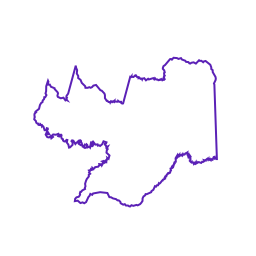 Morichal (Morichal Nuevo), Guainía, Colombia, rotated 15°
{"feature_id": "7082276B96401380433737", "entity_name": "Morichal (Morichal Nuevo)", "entity_type": "district", "adm_level": 2, "iso_a3": "COL", "parent_name": "Colombia", "parent_adm1": "Guainía", "projection": "equal_earth", "projection_center": [-69.908, 2.404], "detail": "fine", "context": "isolated", "style": "outline", "palette": "violet", "viewbox_px": 256, "rotation_deg": 15, "n_neighbors": 0, "source": "geoboundaries", "source_scale": "gbopen_adm2", "svg_char_len": 5893}
<svg xmlns="http://www.w3.org/2000/svg" viewBox="0 0 256 256"><g transform="rotate(15 128 128)"><path d="M192.7,47.8L191.1,45.6L185.6,43.2L184.1,44.0L183.6,45.0L181.5,44.1L179.9,44.6L179.1,44.2L176.9,48.2L174.4,47.6L172.3,48.6L171.5,49.6L170.6,49.7L169.3,48.7L167.0,49.1L165.9,48.2L162.4,47.9L161.1,46.8L158.9,48.2L157.1,47.8L153.8,48.4L152.7,50.6L151.7,50.2L150.8,50.6L147.5,57.6L146.3,59.0L146.1,60.7L146.3,61.8L148.0,62.9L149.1,64.7L148.6,65.6L149.4,67.7L149.9,67.9L149.5,69.7L150.8,71.4L150.3,72.2L149.8,72.3L149.4,71.6L149.4,72.4L148.8,73.0L148.2,72.4L146.8,73.1L146.8,72.6L144.9,74.0L143.9,73.5L142.7,73.9L141.1,72.9L140.7,74.2L139.5,73.3L135.6,75.7L134.7,75.2L133.0,77.3L130.8,75.7L129.2,76.7L129.1,77.4L128.5,76.7L127.3,77.3L126.3,76.6L125.3,77.2L125.0,76.1L123.7,76.5L122.2,75.2L121.7,75.7L121.3,75.4L120.1,77.3L118.1,77.7L118.0,77.2L117.7,78.0L116.9,77.9L116.9,105.5L116.1,105.9L114.9,105.5L114.5,104.5L112.9,105.0L111.4,104.3L111.4,105.1L110.7,105.5L109.0,105.5L108.2,106.4L107.8,105.9L107.2,106.3L107.3,105.7L106.3,106.9L105.5,106.4L104.8,107.4L104.4,107.1L104.2,108.0L103.9,107.6L102.4,107.9L101.0,107.0L100.4,107.3L98.0,105.1L97.2,102.2L96.3,100.8L93.1,98.8L91.5,98.6L86.0,94.7L83.6,96.0L82.7,97.8L81.5,98.8L80.0,98.6L78.7,99.6L76.5,100.2L75.8,98.7L71.7,96.4L69.7,93.8L66.9,92.6L66.5,90.7L64.4,88.6L63.9,85.3L62.3,83.3L61.4,81.3L61.3,110.3L60.3,112.9L60.5,114.3L61.2,114.6L60.9,116.0L62.1,117.0L61.0,116.8L60.4,117.5L57.8,115.4L55.4,116.7L52.2,116.1L51.5,115.2L51.4,112.5L50.6,111.6L47.1,109.4L46.8,108.6L42.9,108.1L41.2,106.3L39.6,106.8L39.0,104.9L39.2,104.0L38.5,103.1L38.2,108.8L39.4,113.7L39.4,116.0L40.7,117.3L40.1,119.7L39.2,119.9L39.4,121.9L38.5,123.5L38.7,125.1L37.6,126.4L37.0,128.6L37.1,132.5L34.4,136.2L34.4,137.1L34.8,137.1L34.1,138.3L34.2,139.6L35.1,141.8L34.6,142.4L35.0,142.1L35.2,143.9L37.2,145.1L38.0,146.6L39.6,147.3L40.4,147.0L40.8,148.1L41.9,148.0L42.4,147.1L43.0,147.8L44.0,147.4L44.5,148.6L44.8,148.0L45.9,148.5L48.0,151.7L49.6,151.3L49.6,149.2L50.6,149.2L50.9,149.8L50.4,150.8L50.8,151.9L53.5,154.4L52.2,154.7L51.6,153.5L50.6,153.2L50.2,155.7L52.4,157.7L54.1,157.6L55.5,156.0L56.6,157.8L57.9,156.0L56.6,155.0L57.4,153.6L60.1,153.2L62.3,151.6L62.8,152.2L62.6,153.9L63.9,154.0L64.5,153.4L64.5,152.1L65.1,151.8L65.7,152.2L65.7,153.6L66.7,155.4L68.1,155.7L68.5,156.9L69.4,157.4L70.5,157.4L71.8,155.3L72.5,155.3L72.6,157.8L74.7,159.5L76.1,162.2L77.0,161.7L78.8,158.6L78.3,156.4L76.8,155.3L77.2,154.4L78.5,154.4L81.3,157.1L82.1,155.3L83.1,155.2L83.1,154.0L84.0,152.7L85.2,152.2L86.0,152.7L86.3,153.7L84.5,154.8L84.7,156.1L86.7,156.7L87.6,155.3L88.9,157.7L89.6,157.8L90.2,156.3L90.9,158.3L91.6,158.4L92.6,157.8L93.1,156.6L92.8,155.7L91.7,155.1L92.0,154.4L93.0,154.9L94.1,157.1L95.5,156.1L96.4,156.7L96.1,152.3L96.9,152.9L97.5,155.0L98.4,154.7L98.9,152.5L96.9,151.7L97.1,150.6L97.7,150.1L100.8,152.5L102.8,151.7L103.4,152.8L104.5,152.2L105.7,152.6L107.3,150.3L107.8,147.2L110.9,147.4L110.8,148.4L109.8,149.2L109.9,150.0L111.2,150.6L112.0,152.1L113.3,151.0L112.7,153.4L113.8,153.7L113.3,155.2L113.6,157.4L117.2,159.3L117.2,162.8L115.9,162.3L116.3,163.0L115.7,163.4L115.8,164.2L115.0,164.9L114.9,166.0L115.3,166.4L115.7,165.7L115.9,166.7L114.8,166.8L114.3,167.6L113.7,167.2L114.5,166.6L113.2,166.0L112.0,166.8L112.9,167.0L112.6,168.4L113.2,168.0L112.4,170.8L111.9,170.0L111.1,170.7L110.9,170.1L109.6,170.3L110.0,171.1L109.2,173.1L106.4,174.3L106.0,175.5L104.9,176.3L103.8,175.7L103.9,176.6L104.8,177.2L103.6,178.0L102.8,177.5L102.7,178.3L101.3,179.1L102.3,180.0L101.9,181.1L103.3,182.0L102.2,183.3L102.7,185.0L101.4,187.9L101.1,189.9L101.0,193.0L102.0,195.3L101.8,197.1L102.3,198.0L100.0,200.1L99.2,201.9L98.5,202.0L98.4,203.7L99.0,204.8L98.6,206.2L98.2,207.2L96.2,208.3L95.3,210.0L95.6,212.4L98.2,211.2L101.5,212.8L103.4,211.6L105.2,212.0L106.7,210.4L107.6,205.0L108.4,203.5L108.7,201.4L110.7,201.8L111.2,200.3L117.7,197.2L124.9,196.1L127.9,199.6L129.6,199.3L131.7,199.9L134.8,199.8L136.6,200.6L137.8,200.3L139.6,201.2L140.4,202.6L143.2,203.3L144.6,202.4L146.0,203.4L148.1,202.9L149.6,203.4L150.4,203.2L151.3,201.7L153.3,201.8L156.1,200.1L157.4,200.2L159.4,198.4L160.2,196.8L160.9,194.7L160.3,192.2L160.7,190.1L161.9,188.7L162.1,187.3L163.2,187.1L167.0,184.0L167.0,182.9L168.5,181.1L169.1,177.2L170.2,177.4L170.7,175.9L171.9,175.5L172.1,173.5L172.6,173.8L173.3,173.0L174.5,170.1L175.1,169.7L175.0,169.2L175.2,168.3L175.3,168.7L176.3,168.0L176.2,166.6L176.4,166.0L176.9,166.3L176.8,165.2L177.1,165.0L176.8,164.8L177.4,164.1L177.6,162.4L177.2,162.0L177.9,162.6L178.4,161.1L178.8,160.9L178.9,161.5L180.2,160.3L180.1,158.2L180.5,157.9L179.6,156.2L180.3,155.7L180.4,154.4L181.3,154.9L181.7,154.3L181.8,152.0L181.4,152.1L182.2,150.3L181.7,150.1L181.8,149.0L182.9,148.2L182.2,146.1L182.4,145.2L182.0,145.0L182.4,144.2L182.0,144.1L182.8,141.3L183.1,141.8L183.1,141.0L184.2,140.7L184.3,141.7L184.6,140.8L184.9,141.9L186.1,140.5L186.4,141.3L186.4,140.5L187.3,140.7L187.6,139.5L187.9,140.1L188.4,139.0L189.5,139.0L190.1,137.6L191.2,137.5L191.0,137.0L191.6,136.3L191.7,137.4L192.8,137.2L192.7,138.1L193.4,138.2L193.0,138.7L193.8,139.0L193.3,139.5L193.6,140.0L193.8,139.5L193.7,140.2L194.1,139.5L194.4,140.0L194.5,139.5L195.4,139.6L195.3,139.0L195.9,139.5L195.5,140.7L196.1,141.0L196.5,142.3L196.2,142.9L196.7,143.6L196.4,143.9L197.3,144.5L198.3,143.9L198.6,144.9L200.1,144.4L201.0,145.8L201.3,145.4L200.7,144.9L200.8,144.3L201.7,144.1L202.1,144.6L202.4,143.6L202.7,144.4L203.2,143.8L203.3,144.4L205.2,142.6L207.7,142.8L208.4,141.3L209.2,141.4L210.1,140.5L210.3,139.8L209.9,139.4L211.5,139.4L211.4,138.7L212.5,138.0L212.2,137.6L212.7,137.0L213.6,137.9L213.8,137.2L214.0,137.8L214.5,137.3L214.6,138.4L215.1,137.0L216.4,137.7L216.5,136.5L217.9,136.8L218.3,133.9L219.1,133.4L219.8,135.0L221.1,133.9L221.5,135.1L221.9,135.0L200.2,63.7L199.5,62.8L200.2,59.0L200.0,57.5L199.3,56.0L195.4,52.1L194.8,50.2L193.2,49.5L192.7,47.8Z" fill="none" stroke="#5b21b6" stroke-width="2"/></g></svg>